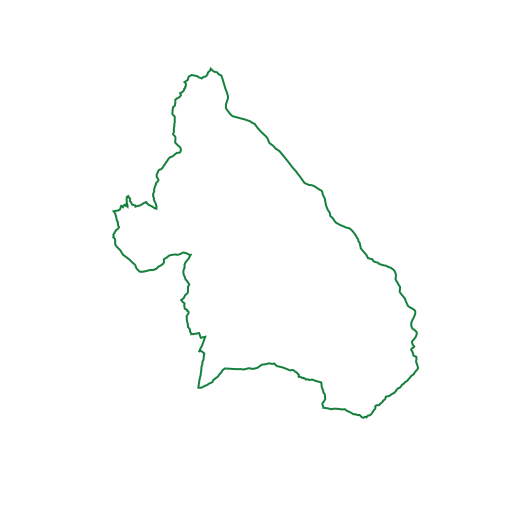 outline of Brebu, Prahova, Romania, rotated 157°
{"feature_id": "2599482B17344347957836", "entity_name": "Brebu", "entity_type": "district", "adm_level": 2, "iso_a3": "ROU", "parent_name": "Romania", "parent_adm1": "Prahova", "projection": "albers", "projection_center": [25.796, 45.203], "detail": "fine", "context": "isolated", "style": "outline", "palette": "green", "viewbox_px": 512, "rotation_deg": 157, "n_neighbors": 0, "source": "geoboundaries", "source_scale": "gbopen_adm2", "svg_char_len": 6099}
<svg xmlns="http://www.w3.org/2000/svg" viewBox="0 0 512 512"><g transform="rotate(157 256 256)"><path d="M369.6,352.8L369.0,350.3L369.4,346.8L370.2,343.0L369.9,341.0L370.6,339.6L371.0,337.6L370.8,336.1L372.4,334.9L374.6,334.5L379.1,331.3L379.2,329.9L380.1,328.9L379.5,328.2L379.2,326.8L379.6,325.2L381.0,322.0L381.0,321.4L380.7,319.3L378.7,314.3L378.0,309.3L373.7,301.9L373.0,299.8L370.9,295.4L370.7,294.7L370.9,291.9L370.8,291.0L369.3,287.2L367.8,286.2L364.1,285.2L359.5,284.6L356.2,283.3L352.8,283.2L349.7,284.4L347.0,284.5L344.4,285.2L343.1,286.2L342.4,288.4L341.9,289.0L338.8,289.4L336.4,290.2L334.3,290.2L330.3,289.2L327.4,287.6L324.1,287.4L322.5,287.7L321.5,287.6L319.2,285.9L316.8,283.1L315.7,282.6L319.1,279.9L323.2,277.8L324.7,276.5L325.3,275.7L326.2,273.3L328.2,271.3L329.1,269.9L329.9,266.9L329.7,264.5L330.0,262.0L329.1,259.7L329.2,258.5L328.8,257.6L328.5,256.0L330.5,254.3L332.8,249.3L333.8,248.5L336.7,247.5L338.8,245.6L342.1,244.6L341.8,244.0L341.4,242.1L340.3,240.4L341.0,238.9L341.6,238.3L341.6,237.3L342.2,235.4L340.6,233.6L340.8,232.4L340.0,231.6L339.9,231.0L340.1,230.3L340.7,229.5L343.5,227.6L344.1,225.4L344.7,224.1L345.5,219.5L346.3,217.4L345.6,214.7L345.6,214.0L346.1,212.6L346.2,211.3L345.9,210.1L346.2,209.3L343.7,208.4L338.5,207.3L338.8,202.3L334.3,201.5L340.1,195.2L345.5,190.5L345.3,190.2L343.9,190.1L343.4,189.8L341.7,186.5L341.8,186.1L343.0,184.5L344.9,181.0L346.7,179.5L347.6,177.5L349.6,175.1L350.9,172.4L354.1,167.2L356.4,164.1L360.5,157.4L359.0,156.5L356.9,156.1L354.3,156.4L350.8,156.4L349.9,156.8L348.4,156.9L345.7,156.9L345.1,157.2L343.6,158.6L338.1,159.9L335.4,161.7L333.8,162.1L332.8,163.0L331.0,164.1L328.5,164.6L317.6,159.2L314.3,157.9L311.9,156.4L306.4,155.5L302.8,153.2L298.5,152.5L293.1,153.7L289.7,152.7L285.8,152.1L283.3,150.3L281.2,149.9L280.1,147.0L279.5,146.3L274.6,142.7L269.4,137.5L268.8,137.1L267.4,137.0L265.8,135.9L265.2,134.2L264.0,132.9L263.7,131.3L263.0,130.3L263.0,129.8L263.9,128.5L263.8,127.9L262.3,127.4L261.4,125.9L260.0,125.3L260.1,125.0L258.7,123.9L258.3,122.7L256.7,122.4L255.3,121.0L252.9,120.4L251.8,119.7L250.0,117.8L245.3,114.1L246.8,109.2L246.7,106.6L247.3,104.1L246.8,102.6L246.8,101.7L248.0,97.5L250.7,95.2L251.9,94.9L252.4,94.4L253.0,92.9L253.0,90.4L253.3,90.0L249.7,87.9L246.3,85.4L243.9,85.0L239.3,82.8L237.0,81.2L234.1,80.3L233.1,78.4L229.5,74.3L228.4,72.5L227.6,72.2L226.4,71.2L225.7,71.1L224.7,69.9L222.8,69.2L221.3,65.8L220.6,65.3L219.6,65.1L218.9,65.4L218.2,65.3L217.3,64.3L215.3,65.4L213.4,64.9L212.7,65.1L211.1,65.7L207.3,68.3L206.1,68.7L205.5,69.4L205.1,70.8L204.4,71.4L202.7,71.3L200.9,70.6L199.4,71.4L196.2,72.4L195.6,73.2L193.4,73.6L192.5,74.3L191.8,75.5L191.3,75.8L188.2,75.1L183.8,76.0L182.4,75.8L181.4,76.5L180.4,76.7L179.2,77.7L177.7,78.5L174.7,78.7L171.7,80.5L169.9,80.7L168.2,81.6L165.9,81.9L159.5,85.1L157.1,85.5L155.1,87.0L152.1,88.4L150.6,89.5L150.2,92.0L150.0,96.0L149.7,96.3L149.3,97.5L148.6,98.2L147.9,100.5L148.1,101.0L149.3,101.8L149.8,102.7L149.9,103.4L149.4,106.1L149.8,109.1L149.0,109.9L146.4,110.3L145.7,110.8L146.4,113.0L146.2,115.3L145.9,116.3L141.3,118.6L139.8,119.9L138.7,121.1L138.0,122.5L137.9,123.3L139.0,126.1L139.9,127.1L140.5,129.2L140.2,131.6L139.4,133.4L138.1,135.0L134.6,137.9L131.9,140.7L131.0,143.0L131.1,143.9L132.7,146.7L134.2,148.3L135.6,150.7L135.8,155.8L135.5,158.5L137.5,165.2L137.7,167.1L135.6,170.7L135.5,171.4L136.0,174.2L136.2,177.0L136.6,178.3L136.6,180.3L134.8,183.2L134.3,185.4L134.3,187.4L134.4,188.6L135.0,190.0L136.8,192.9L138.4,194.0L139.8,196.0L142.0,197.4L145.2,200.1L145.9,201.0L146.5,202.4L148.2,203.5L149.6,204.9L150.0,206.0L150.2,207.6L153.7,210.2L154.0,213.9L155.8,219.4L156.6,222.4L156.1,223.6L156.0,225.3L155.6,226.5L155.5,227.5L155.9,229.9L155.5,231.4L156.0,233.9L156.0,235.4L157.3,241.0L159.0,244.8L161.8,246.9L166.9,252.2L169.5,255.7L170.1,257.7L170.4,260.5L172.0,263.8L171.2,266.9L171.9,270.5L171.8,275.0L170.2,282.3L170.5,284.6L170.4,287.0L170.0,288.8L170.1,290.4L171.9,292.7L175.1,297.6L176.8,299.2L179.6,300.8L182.8,304.2L184.9,313.8L185.3,314.6L186.1,318.3L187.9,323.6L190.0,331.9L193.4,343.4L196.1,347.4L196.9,350.3L199.5,354.7L199.5,360.3L200.1,362.2L202.7,368.1L204.5,373.2L205.6,378.2L207.2,379.8L208.8,382.3L213.0,386.1L222.4,393.4L223.7,395.2L224.7,398.3L226.0,403.7L224.4,407.3L220.1,412.2L219.3,414.4L218.8,419.5L218.8,421.7L217.3,435.2L218.0,436.6L219.3,437.7L220.0,440.2L222.9,442.4L224.5,446.1L226.0,444.5L228.3,443.8L229.4,442.7L229.5,442.3L231.8,440.9L234.7,441.3L236.5,440.6L237.5,441.7L238.7,442.5L239.8,444.5L244.4,447.7L247.5,447.5L249.1,446.1L249.8,444.8L253.9,444.0L253.2,442.3L253.5,441.1L254.5,439.7L255.1,439.4L255.3,438.5L256.8,437.9L257.5,436.7L260.0,435.6L262.2,435.6L262.2,433.5L263.3,432.6L265.3,432.0L267.7,431.9L269.3,431.2L270.3,428.7L271.5,426.7L272.5,425.8L274.0,425.5L274.5,425.1L274.8,424.1L275.6,423.4L276.2,421.8L277.3,420.1L277.3,418.4L276.4,416.4L276.5,415.4L277.1,414.4L278.5,410.9L279.8,409.1L280.3,407.5L281.7,405.8L282.1,404.3L282.7,403.7L283.2,402.1L284.6,400.9L284.7,400.3L283.8,397.6L283.8,396.8L284.6,394.8L285.7,393.0L286.0,391.8L284.8,388.6L283.3,385.5L283.6,383.0L283.9,382.5L285.6,381.0L286.2,381.0L288.2,381.8L290.4,381.5L291.6,380.9L295.0,380.2L296.2,380.6L298.1,379.9L308.2,373.4L309.6,372.9L311.2,373.2L312.3,372.8L315.7,369.6L316.2,368.7L316.5,367.0L316.0,365.5L316.1,364.0L317.2,363.1L319.1,362.4L319.6,361.9L319.7,361.4L320.2,361.2L320.8,360.3L321.9,359.5L324.1,356.4L324.5,355.3L326.8,352.9L326.8,352.0L327.4,351.1L327.3,349.2L328.0,347.8L327.9,346.7L328.1,346.1L327.8,343.2L328.1,341.6L328.1,340.7L329.3,338.4L330.2,339.1L333.1,343.2L334.2,344.2L335.2,345.8L335.5,346.9L336.1,347.4L336.0,348.5L338.7,348.6L341.4,348.0L343.8,347.9L346.2,348.5L347.7,348.5L347.6,349.8L349.9,351.7L350.1,352.6L349.9,354.2L350.5,355.3L350.6,355.9L349.5,357.7L349.7,358.8L350.2,359.6L350.6,359.8L350.1,360.4L350.2,361.1L351.8,360.8L351.8,360.3L352.8,359.3L353.4,357.3L354.1,355.7L354.5,352.7L355.0,351.6L355.4,352.5L356.1,352.9L356.3,354.4L357.2,354.5L357.8,354.3L359.3,352.9L360.3,354.8L360.8,354.7L362.8,352.1L363.8,351.8L365.0,351.8L369.6,352.8Z" fill="none" stroke="#15803d" stroke-width="2"/></g></svg>